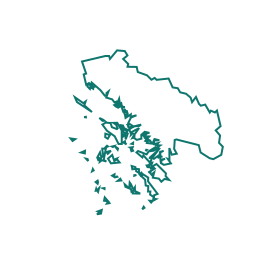 the district of Myeik, Tanintharyi, Myanmar, rotated 320°
{"feature_id": "60261553B82376991609151", "entity_name": "Myeik", "entity_type": "district", "adm_level": 2, "iso_a3": "MMR", "parent_name": "Myanmar", "parent_adm1": "Tanintharyi", "projection": "mercator", "projection_center": [98.426, 12.423], "detail": "fine", "context": "isolated", "style": "outline", "palette": "teal", "viewbox_px": 256, "rotation_deg": 320, "n_neighbors": 0, "source": "geoboundaries", "source_scale": "gbopen_adm2", "svg_char_len": 6057}
<svg xmlns="http://www.w3.org/2000/svg" viewBox="0 0 256 256"><g transform="rotate(320 128 128)"><path d="M128.5,58.5L123.8,68.0L127.0,68.5L127.5,71.3L129.4,69.8L131.2,81.2L131.0,88.4L132.7,89.1L134.0,87.4L136.6,87.4L130.9,90.7L134.3,95.9L134.1,99.7L137.2,100.7L135.0,100.6L134.7,102.8L140.0,99.9L137.1,104.7L132.7,103.8L133.5,106.1L137.6,106.8L137.4,105.2L137.8,104.4L138.8,104.6L137.1,107.8L139.0,109.9L136.2,108.8L135.0,112.0L138.2,111.8L135.9,112.7L138.0,114.3L137.2,115.9L135.3,112.6L133.7,117.0L135.4,116.8L136.1,117.4L136.6,116.6L136.9,116.8L136.3,117.5L133.4,117.3L132.6,118.7L138.9,119.4L137.2,121.1L142.7,123.7L136.9,121.9L131.3,124.4L133.3,130.4L140.2,133.8L138.1,133.7L134.1,130.9L132.5,130.6L131.6,129.6L130.8,129.7L130.3,129.6L128.8,128.5L130.2,130.1L128.1,129.9L126.9,133.2L136.5,135.2L128.9,137.1L126.3,139.9L127.1,142.7L131.4,144.8L133.7,141.8L138.4,141.7L141.3,145.5L139.0,144.1L134.5,146.1L134.6,146.9L137.9,147.2L138.9,148.2L132.9,149.0L133.9,151.1L134.5,150.3L136.1,150.1L136.9,151.8L136.7,152.9L135.8,150.4L132.9,151.7L136.6,155.7L141.2,153.5L144.1,157.6L139.9,154.3L137.6,157.0L141.4,158.9L138.7,159.2L141.4,162.0L138.1,161.6L138.8,164.0L127.4,166.5L128.0,168.3L135.0,168.8L137.3,166.9L140.6,168.4L137.0,167.4L135.6,169.4L131.3,170.2L134.3,170.1L135.9,172.2L134.1,170.6L131.8,174.2L133.1,173.6L136.6,175.4L132.7,174.3L130.8,176.4L131.8,179.3L138.1,182.7L138.6,177.2L139.5,178.8L146.8,169.9L144.4,176.6L148.8,179.0L149.9,173.7L156.1,167.2L157.7,167.9L171.2,186.6L167.9,193.4L171.1,203.6L173.3,206.7L182.2,208.5L188.6,203.3L188.2,197.9L193.7,192.9L193.7,186.2L200.1,186.1L207.3,171.8L204.6,172.0L202.6,168.0L200.6,168.7L202.2,159.7L198.1,157.7L197.9,155.1L200.0,147.9L193.7,149.4L195.5,145.0L194.5,139.1L190.9,134.2L191.7,129.5L188.3,125.6L190.9,116.2L180.9,109.5L180.6,106.8L177.0,106.1L176.4,99.8L171.5,91.4L173.9,86.8L167.0,80.8L169.3,79.1L168.7,72.0L174.2,72.1L175.0,67.0L169.5,61.5L158.6,63.5L159.8,60.7L156.8,58.2L135.5,47.5L130.9,59.4L128.5,58.5ZM114.5,109.6L110.6,108.9L110.1,116.5L112.5,125.8L110.5,134.1L113.0,136.2L121.6,125.8L123.1,117.1L120.1,114.7L121.0,117.7L119.9,121.6L118.8,121.7L116.2,117.0L117.8,113.0L114.5,109.6ZM126.7,173.9L120.2,172.8L119.6,173.7L122.2,174.6L122.4,176.3L114.9,175.1L116.9,175.6L118.0,176.3L116.0,176.0L116.0,179.7L117.1,180.0L117.9,178.8L119.6,178.8L115.1,182.0L119.1,186.6L119.0,190.6L123.3,190.5L126.1,194.2L125.9,189.0L127.9,187.1L126.7,173.9ZM109.8,173.2L107.3,173.7L107.9,178.6L104.6,183.4L106.2,185.5L102.5,189.6L104.3,191.0L102.1,193.2L103.3,197.4L100.3,199.8L103.8,200.5L102.4,198.8L104.8,196.3L108.3,197.5L109.1,181.7L111.6,179.0L109.8,173.2ZM120.9,152.1L118.8,152.2L120.1,159.8L122.2,158.8L122.5,167.8L124.9,167.8L127.1,165.6L125.5,164.9L125.7,164.7L136.0,164.4L136.4,162.5L133.1,161.9L128.7,159.2L125.3,160.2L120.9,152.1ZM97.6,129.7L95.1,127.2L94.7,127.5L91.4,133.1L88.6,133.7L91.0,128.6L85.4,130.9L84.3,134.3L86.6,132.1L87.1,133.7L84.6,135.8L87.3,135.9L89.9,139.8L88.9,136.8L97.6,129.7ZM98.6,138.5L93.0,138.6L92.2,144.1L99.4,149.0L99.5,145.0L96.3,144.4L98.6,138.5ZM107.1,70.3L105.6,75.3L110.7,92.6L109.1,82.6L112.6,80.4L109.7,80.2L107.1,70.3ZM89.3,169.1L88.2,171.4L91.0,176.8L89.7,179.1L91.4,179.3L89.6,181.2L95.2,186.1L92.8,180.8L95.1,177.9L92.6,178.8L93.5,175.3L89.9,173.3L89.3,169.1ZM124.4,121.3L121.9,128.8L123.6,130.7L125.5,128.9L124.3,127.4L125.8,122.9L124.4,121.3ZM107.0,117.8L104.7,120.3L105.6,123.2L109.6,121.8L107.0,117.8ZM119.0,135.2L124.1,132.2L122.3,130.1L119.0,135.2ZM55.2,173.9L51.3,172.5L52.3,174.5L48.7,174.1L52.3,176.2L55.2,173.9ZM125.2,68.6L123.6,70.1L123.9,73.6L127.0,71.2L125.2,68.6ZM137.4,162.9L137.0,160.4L131.6,159.6L132.8,161.3L137.4,162.9ZM65.7,171.5L65.6,166.2L62.9,168.3L65.7,171.5ZM107.9,164.5L106.5,166.3L107.6,169.8L109.9,166.5L107.9,164.5ZM106.4,159.5L104.8,162.4L107.5,164.2L108.5,162.7L106.4,159.5ZM100.3,134.5L96.0,132.5L95.9,134.8L100.3,134.5ZM80.4,117.8L76.3,116.6L78.6,119.7L80.4,117.8ZM80.4,102.6L77.3,99.1L77.2,102.3L80.4,102.6ZM135.0,145.3L137.8,143.5L138.0,142.1L134.7,142.8L135.0,145.3ZM127.8,71.7L127.1,74.1L129.3,75.1L129.7,72.7L127.8,71.7ZM109.6,170.9L107.1,170.7L107.0,172.9L109.1,172.7L109.6,170.9ZM118.2,168.7L117.8,170.5L119.2,171.9L120.3,169.9L118.2,168.7ZM67.2,155.4L64.2,155.7L64.0,157.7L67.2,155.4ZM117.1,136.2L115.1,136.0L116.3,139.6L116.2,137.7L117.1,136.2ZM117.3,148.7L117.7,146.4L116.6,145.9L115.7,148.0L117.3,148.7ZM119.3,145.7L117.2,144.4L118.0,146.4L119.3,145.7ZM94.3,170.8L92.1,173.0L93.4,174.6L94.1,173.4L94.3,170.8ZM100.5,128.1L97.3,128.4L100.8,129.2L100.5,128.1ZM89.5,161.9L86.2,161.9L89.1,163.9L89.5,161.9ZM135.6,104.0L138.7,101.8L134.9,103.9L135.6,104.0ZM114.6,107.3L114.3,105.8L112.5,101.9L113.1,106.2L114.6,107.3ZM72.7,138.1L74.4,138.4L74.7,136.8L72.7,138.1ZM132.5,103.3L134.2,102.1L132.2,101.6L132.5,103.3ZM70.9,148.8L68.5,148.6L68.9,151.2L70.3,150.2L70.9,148.8ZM122.4,171.2L124.4,170.1L123.0,169.1L122.4,171.2ZM89.3,199.7L89.4,198.4L86.7,199.4L89.3,199.7ZM123.8,130.8L126.0,129.9L125.6,129.7L123.8,130.8ZM87.9,154.8L85.2,154.3L86.0,156.8L87.9,154.8ZM107.2,137.3L106.2,133.5L106.1,138.0L107.2,137.3ZM126.3,139.0L127.2,137.6L124.9,138.5L126.3,139.0ZM125.9,135.2L127.9,135.1L127.3,134.2L125.9,135.2ZM97.8,197.6L97.8,200.0L98.6,199.9L99.3,199.0L97.8,197.6ZM126.7,157.1L128.4,156.9L128.0,156.4L126.7,157.1ZM124.5,127.3L126.1,128.3L125.3,126.5L124.5,127.3ZM76.2,127.7L77.1,125.8L76.1,124.5L76.2,127.7ZM126.5,75.6L127.2,74.9L125.9,74.1L126.5,75.6ZM129.6,126.7L130.6,125.8L129.7,125.3L129.6,126.7ZM102.9,92.3L101.4,91.5L102.6,92.8L102.9,92.3ZM122.4,142.6L120.6,142.4L121.5,143.6L122.4,142.6ZM104.2,169.4L102.5,168.2L102.1,168.6L104.2,169.4ZM64.5,154.2L62.9,155.3L63.8,155.9L64.5,154.2ZM64.9,173.3L64.5,171.9L63.2,172.3L64.9,173.3ZM121.3,171.4L122.0,169.9L121.5,169.7L121.3,171.4ZM71.4,158.9L70.1,158.1L70.8,159.6L71.4,158.9ZM105.6,132.8L103.8,131.9L104.2,132.9L105.6,132.8ZM118.8,131.4L119.9,131.4L120.0,130.4L118.8,131.4ZM88.4,158.1L86.6,157.6L88.4,158.5L88.4,158.1ZM99.8,144.2L97.9,143.5L98.8,144.4L99.8,144.2ZM128.9,128.4L131.2,129.3L128.9,127.8L128.9,128.4Z" fill="none" stroke="#0f766e" stroke-width="2"/></g></svg>